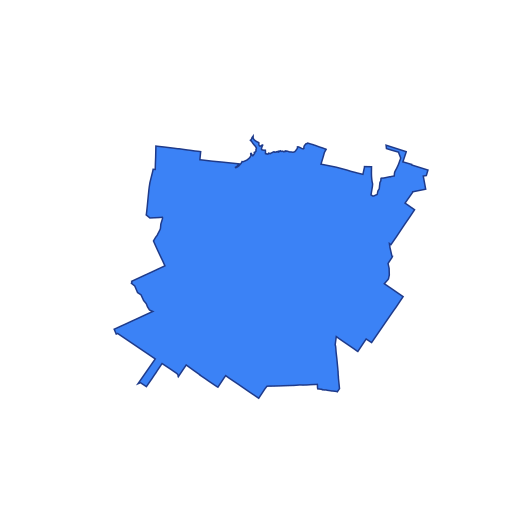 Stanesti, Giurgiu, Romania, rotated 306°
{"feature_id": "2599482B52121049044399", "entity_name": "Stanesti", "entity_type": "district", "adm_level": 2, "iso_a3": "ROU", "parent_name": "Romania", "parent_adm1": "Giurgiu", "projection": "orthographic", "projection_center": [25.879, 43.949], "detail": "fine", "context": "isolated", "style": "filled", "palette": "blue", "viewbox_px": 512, "rotation_deg": 306, "n_neighbors": 0, "source": "geoboundaries", "source_scale": "gbopen_adm2", "svg_char_len": 5939}
<svg xmlns="http://www.w3.org/2000/svg" viewBox="0 0 512 512"><g transform="rotate(306 256 256)"><path d="M309.6,398.9L309.0,376.1L314.0,376.6L315.4,376.6L319.0,375.0L324.2,371.0L327.6,367.2L334.6,366.9L335.9,366.6L335.8,366.4L335.8,366.2L335.9,365.9L340.8,360.3L341.9,359.0L342.4,358.7L343.7,357.3L344.5,356.6L344.5,358.5L352.8,358.3L353.6,358.3L367.8,357.7L378.8,357.4L386.6,357.1L386.4,345.5L399.6,345.3L400.0,345.0L409.8,354.0L419.0,344.3L421.2,346.5L426.6,344.6L421.3,328.9L421.2,328.3L421.6,328.1L421.1,326.8L418.5,319.5L428.3,316.4L428.7,316.2L427.9,313.8L422.1,296.1L419.6,298.4L421.2,303.2L423.8,310.3L423.6,310.5L423.1,311.2L420.5,315.2L420.0,315.6L418.9,316.0L417.5,316.3L416.4,316.7L413.5,317.5L409.4,318.3L407.5,318.5L405.4,318.9L404.3,319.4L402.0,320.8L399.6,318.5L399.0,318.2L398.9,317.9L398.7,317.6L397.7,316.7L394.7,314.0L393.6,312.9L392.9,311.9L392.5,311.6L392.3,311.5L390.8,312.4L390.2,312.8L388.6,313.0L387.8,313.3L386.9,313.9L386.1,314.3L383.0,316.1L382.0,316.3L381.0,316.3L380.4,316.4L379.1,316.9L377.3,317.8L377.1,317.8L376.6,317.7L376.0,317.2L374.1,316.2L373.4,315.6L373.1,315.0L373.0,314.9L373.2,314.2L373.0,313.5L373.1,313.1L380.7,309.3L382.7,308.1L383.1,307.7L384.7,305.9L386.2,304.5L387.8,303.1L388.9,302.2L391.0,300.6L396.1,297.0L392.1,291.2L391.8,291.4L391.5,291.6L384.9,294.5L382.5,288.7L382.0,287.3L380.3,283.1L379.0,279.1L375.0,268.7L373.4,265.2L371.6,261.3L368.5,254.6L376.7,251.7L379.9,250.5L382.1,250.2L383.4,250.1L383.4,249.9L383.6,249.6L383.0,248.5L383.0,248.0L382.3,245.6L382.0,244.8L381.3,242.6L380.1,238.2L379.8,237.7L379.7,236.9L378.6,234.0L377.8,231.6L377.7,231.4L377.5,231.2L377.1,231.3L376.8,231.2L376.3,230.6L376.1,230.4L375.1,230.4L374.5,230.3L373.6,230.3L372.5,230.6L371.9,230.9L371.6,231.3L371.1,231.5L370.8,231.4L370.5,231.3L370.3,231.0L369.9,230.0L369.6,227.8L369.4,226.9L369.1,225.9L368.9,225.6L368.6,225.4L368.4,225.6L367.8,226.0L367.2,226.2L366.0,226.2L364.4,226.2L363.4,226.1L363.2,226.1L361.8,225.1L361.4,224.5L360.8,223.2L360.1,222.3L359.9,222.0L359.6,221.0L359.3,219.9L358.8,218.9L358.5,218.2L358.3,218.0L358.2,217.9L358.0,218.1L358.0,218.5L356.6,217.1L356.5,216.9L356.6,216.5L356.5,216.0L356.4,215.8L355.9,215.5L355.6,215.2L355.5,214.0L355.4,213.7L355.2,213.6L354.8,213.9L354.6,213.9L354.4,213.7L354.1,213.5L354.1,213.1L354.0,212.8L353.9,212.4L353.6,212.3L353.2,212.7L353.0,212.1L352.7,212.0L352.5,211.8L352.4,211.7L352.5,211.5L352.5,211.4L351.4,210.7L351.2,210.6L351.1,210.2L350.8,209.9L351.0,209.6L350.5,208.9L350.4,208.8L349.6,208.6L349.2,208.3L348.9,208.2L348.6,208.0L348.4,207.9L348.2,207.7L347.3,207.5L347.2,207.3L347.1,207.0L346.8,206.7L346.8,206.0L346.7,205.8L346.1,206.0L345.7,205.9L345.4,205.4L345.0,205.3L344.9,204.5L344.8,204.3L344.6,204.2L344.6,203.9L344.5,203.7L344.4,203.5L346.3,202.1L347.1,201.4L346.0,199.8L345.7,199.1L345.4,198.3L345.4,198.2L345.4,197.9L345.7,197.6L346.6,197.1L348.0,196.6L349.6,196.3L349.7,196.2L349.5,195.8L348.6,195.5L347.5,195.0L347.2,194.7L347.1,194.3L347.3,193.6L347.7,192.9L348.2,192.5L349.2,191.9L349.3,191.8L349.3,191.1L349.0,189.6L348.9,188.5L348.9,187.4L348.9,186.7L349.0,186.0L349.2,185.5L349.4,184.9L349.7,184.4L350.2,184.0L351.3,183.2L349.3,183.2L348.6,183.5L347.2,183.7L346.4,183.4L346.2,183.5L346.2,184.6L346.1,185.1L345.4,186.9L344.8,189.0L344.4,190.9L343.7,192.7L343.2,193.1L341.9,193.5L341.3,194.0L340.9,194.3L340.5,194.4L339.9,194.3L339.6,194.2L338.9,193.7L338.6,193.8L338.5,194.4L338.4,194.5L336.2,194.6L335.3,194.5L335.2,194.5L335.2,194.2L335.3,193.8L336.2,191.8L336.2,191.7L335.8,191.5L335.5,191.6L334.8,192.4L334.6,192.7L334.2,192.9L332.5,193.1L331.6,193.1L328.7,192.4L328.2,192.2L327.3,191.7L327.0,191.6L326.6,191.3L325.8,190.9L325.0,190.4L324.6,190.0L324.2,189.2L323.9,189.3L322.0,189.5L318.6,189.1L317.9,188.9L317.2,188.6L316.3,188.2L315.5,187.7L315.5,187.4L315.8,187.2L316.7,187.7L317.5,187.9L317.9,188.0L320.5,188.0L312.3,173.8L306.9,164.7L303.1,157.9L300.9,154.0L307.9,149.9L307.0,148.2L304.9,144.6L303.1,141.1L301.3,137.9L299.2,133.9L297.7,131.0L296.7,129.5L295.2,126.7L290.4,118.0L286.9,111.9L286.1,110.4L277.0,116.7L271.9,120.1L266.8,123.6L265.7,121.8L263.5,122.8L259.0,124.6L253.1,127.0L249.4,128.9L247.0,130.2L241.5,133.4L231.8,139.1L229.0,140.7L228.5,141.0L225.3,142.8L224.7,143.0L224.4,147.8L224.5,147.9L230.0,154.8L232.3,157.5L232.2,157.7L231.7,158.1L231.0,158.5L225.8,160.3L222.3,162.4L221.3,162.8L217.6,163.4L216.0,163.6L214.9,163.9L212.3,163.8L207.9,164.2L205.8,167.8L202.9,172.9L199.0,180.0L197.3,183.2L194.5,188.1L162.5,170.3L162.3,170.7L161.8,171.0L160.7,171.2L160.5,175.5L156.8,181.7L157.0,185.8L153.9,191.3L152.9,195.3L151.1,198.1L149.7,201.6L150.5,205.1L113.4,184.3L110.7,188.8L112.0,189.6L113.3,228.4L113.5,235.0L83.3,235.6L85.6,237.0L85.9,244.1L95.9,243.9L100.0,243.7L102.4,243.7L105.3,243.5L113.8,243.2L114.2,252.5L114.4,259.9L114.4,261.1L114.2,262.1L114.1,262.4L113.5,263.3L112.7,263.9L112.6,264.1L120.7,263.8L126.8,263.6L126.8,271.5L126.9,280.5L126.7,280.5L126.7,280.8L126.9,286.5L127.0,291.8L127.3,299.8L127.4,301.7L127.5,302.3L138.6,301.8L141.4,301.8L141.4,306.5L141.8,317.0L142.1,329.9L142.5,341.8L153.8,341.3L156.8,341.4L157.0,341.4L157.2,341.6L158.1,342.6L160.9,346.4L164.6,351.2L170.4,358.6L173.7,362.9L177.5,367.3L179.1,369.7L179.7,370.5L181.7,373.1L184.0,375.8L188.2,381.1L187.3,381.9L185.8,383.0L185.1,383.7L184.8,384.1L185.6,385.4L186.3,386.7L186.9,387.7L186.8,387.9L186.7,388.1L186.9,388.6L187.3,389.1L187.9,390.2L188.6,391.1L188.8,391.4L189.3,392.7L190.0,394.0L190.7,395.3L191.2,396.4L192.1,397.8L192.7,398.9L193.6,400.5L193.8,401.0L193.9,401.6L197.8,401.5L205.5,394.6L207.0,393.4L208.2,392.3L210.1,390.8L210.4,390.6L211.0,390.1L211.4,389.7L213.5,387.9L220.4,381.8L225.3,377.3L229.2,374.0L230.1,373.1L230.6,372.3L231.7,371.7L233.9,370.5L238.0,368.3L238.0,370.0L238.0,372.0L238.1,376.6L238.5,389.8L238.5,390.1L238.5,393.5L238.6,394.5L253.6,393.9L253.9,400.4L288.1,399.5L293.2,399.4L296.8,399.4L304.2,399.1L309.6,398.9Z" fill="#3b82f6" stroke="#1e3a8a" stroke-width="1.5"/></g></svg>